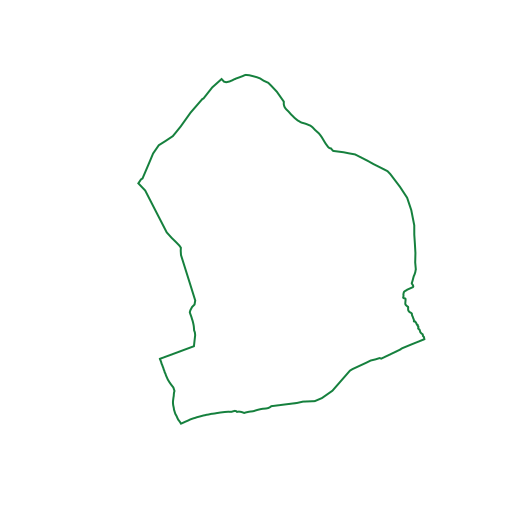 Al Azariq, Al Dali', Yemen, rotated 235°
{"feature_id": "15242507B92892578873791", "entity_name": "Al Azariq", "entity_type": "district", "adm_level": 2, "iso_a3": "YEM", "parent_name": "Yemen", "parent_adm1": "Al Dali'", "projection": "robinson", "projection_center": [44.595, 13.646], "detail": "fine", "context": "isolated", "style": "outline", "palette": "green", "viewbox_px": 512, "rotation_deg": 235, "n_neighbors": 0, "source": "geoboundaries", "source_scale": "gbopen_adm2", "svg_char_len": 4732}
<svg xmlns="http://www.w3.org/2000/svg" viewBox="0 0 512 512"><g transform="rotate(235 256 256)"><path d="M91.3,346.2L93.3,347.1L94.1,347.0L94.4,346.9L94.8,346.9L95.1,347.1L95.7,347.4L96.2,347.6L96.6,347.5L97.1,347.3L97.7,347.1L98.2,347.0L99.3,346.9L99.6,347.0L100.2,347.2L100.8,347.4L101.3,347.5L101.7,347.7L102.2,347.7L102.5,347.5L102.9,347.4L103.1,347.3L103.5,347.3L103.8,347.4L104.1,347.6L104.3,347.9L104.5,348.2L104.8,348.4L105.1,348.5L105.4,348.4L105.7,348.4L106.0,348.4L106.2,348.6L106.3,348.7L106.7,348.9L107.0,348.8L107.2,348.7L107.5,348.4L107.9,348.5L108.3,348.6L108.8,348.7L109.4,348.8L110.0,348.8L110.8,348.8L111.0,348.8L111.3,348.4L111.6,348.0L111.9,347.9L112.1,348.1L112.4,348.3L112.8,348.5L113.2,348.7L113.9,348.9L114.3,349.0L114.9,349.1L115.5,349.3L116.6,349.6L117.4,349.7L118.1,349.9L118.6,350.1L119.1,350.5L119.6,350.6L120.0,350.5L120.7,350.3L121.3,350.0L121.8,349.7L122.7,349.5L123.4,349.5L123.8,349.5L124.5,349.7L124.7,349.8L125.3,350.2L125.9,350.6L126.5,351.1L127.2,351.4L127.8,351.1L128.6,350.9L129.5,350.7L130.3,350.6L130.8,350.7L131.4,351.0L131.9,351.4L132.5,351.9L133.0,352.3L133.5,352.7L133.8,353.0L134.2,353.3L135.0,353.8L135.3,353.9L135.7,353.8L136.0,353.5L136.8,352.8L137.0,352.7L137.5,352.7L137.7,352.9L137.9,353.2L138.3,353.5L138.8,354.0L139.5,354.4L140.0,354.7L140.5,355.2L140.9,355.6L141.3,356.1L141.6,356.5L141.8,357.0L141.8,357.6L141.8,358.8L141.6,359.5L141.7,360.4L140.7,365.6L140.6,366.1L140.5,366.5L140.6,367.0L140.9,367.4L141.7,367.7L142.3,367.8L142.9,367.8L143.6,367.8L144.3,367.9L144.7,368.4L145.5,369.5L147.0,371.3L148.2,372.7L149.0,373.7L149.4,374.4L150.1,375.5L151.4,377.2L153.2,379.0L153.3,379.2L159.4,382.7L167.0,388.3L175.1,393.3L182.7,397.9L190.3,403.2L204.5,409.5L217.0,413.2L230.0,413.6L246.1,413.0L250.0,412.4L251.0,411.9L264.0,404.9L269.8,402.1L282.4,395.4L282.5,395.3L282.7,395.1L286.7,391.1L290.7,387.3L297.8,379.5L299.0,379.3L301.2,379.1L301.7,378.5L302.4,378.0L303.9,377.6L308.0,377.5L309.9,377.6L314.0,377.9L314.6,377.9L314.9,378.0L316.5,378.0L318.2,378.0L318.9,377.9L320.1,377.9L325.2,376.7L327.2,376.4L328.7,376.2L330.2,375.8L331.8,375.2L333.1,374.3L334.4,373.5L336.0,372.4L337.5,371.2L338.8,370.1L340.0,369.3L341.5,368.7L343.1,367.9L344.5,367.5L346.6,366.9L348.1,366.6L350.0,366.3L351.3,366.0L352.8,365.8L353.9,365.7L355.7,365.5L356.2,365.4L358.8,364.9L360.4,364.8L361.8,364.9L362.9,365.2L364.4,365.8L365.8,366.8L366.5,367.3L377.5,367.3L378.5,367.3L386.3,366.2L390.8,365.4L395.2,362.8L399.1,361.2L401.9,359.3L404.9,356.8L407.9,354.2L410.2,351.5L410.4,351.1L410.7,350.0L411.0,348.3L411.4,346.8L411.8,345.2L412.2,343.7L412.9,341.2L412.9,340.6L413.2,339.8L413.6,336.8L413.8,336.1L414.1,334.5L414.8,332.8L415.4,331.3L417.1,329.8L420.7,329.3L419.2,316.8L415.1,303.2L415.4,302.2L411.0,284.7L405.3,268.6L402.8,259.9L401.9,256.6L402.1,247.9L402.5,239.9L399.0,230.5L394.3,223.1L392.8,220.7L384.6,207.5L384.7,205.7L383.0,201.3L373.2,202.8L350.7,199.7L326.5,196.4L319.2,197.3L312.9,198.5L308.5,199.2L305.9,199.2L303.4,197.3L299.8,195.1L270.1,185.7L254.4,180.7L251.5,177.8L250.9,174.4L249.2,171.1L247.9,169.5L246.4,169.0L244.5,168.5L242.7,168.0L241.3,167.5L239.6,167.0L238.2,166.5L236.7,165.9L235.1,165.2L233.7,164.5L232.0,163.5L230.7,162.7L228.5,162.1L226.1,160.8L217.7,153.4L226.9,118.3L226.7,118.2L225.2,117.9L223.3,117.4L222.0,116.9L220.4,116.6L219.0,116.2L217.3,115.8L215.9,115.3L214.4,115.0L213.1,114.5L211.6,114.3L211.2,114.2L210.0,113.8L208.5,113.5L206.9,113.2L205.4,112.9L203.8,112.8L202.3,112.7L200.9,112.7L199.4,112.7L197.5,112.8L195.7,112.9L192.2,111.8L191.2,110.6L190.0,109.5L188.5,108.3L187.4,107.2L186.3,106.2L185.1,105.1L184.0,104.2L182.6,103.3L181.3,102.6L179.9,102.0L178.5,101.4L177.2,100.7L175.6,100.2L174.1,99.7L172.6,99.3L171.0,99.2L169.4,98.9L167.9,98.6L166.3,98.4L164.9,98.5L163.2,98.5L161.7,98.4L161.5,99.3L161.1,101.3L160.8,103.1L160.4,104.9L160.1,106.4L159.9,108.0L159.5,109.6L158.9,111.7L158.3,113.3L157.9,114.9L157.3,116.5L156.7,118.1L156.1,119.8L155.5,121.5L154.8,123.0L154.3,124.4L153.5,125.9L152.9,127.4L152.3,128.9L151.5,130.3L150.6,132.0L149.9,133.6L149.2,135.0L148.3,136.9L147.6,138.2L146.8,139.7L146.1,141.0L145.2,142.5L144.3,144.0L143.3,145.3L142.4,146.6L141.9,148.2L141.3,149.8L140.2,150.8L139.2,151.0L138.4,152.7L137.0,154.2L135.8,155.2L134.2,156.3L133.7,157.9L133.0,159.6L132.4,161.0L131.7,162.4L130.9,163.8L130.2,165.3L129.8,166.8L129.2,168.6L128.6,170.2L127.8,172.2L127.0,173.9L126.1,175.4L125.2,177.0L124.4,178.9L124.1,181.0L124.2,182.4L112.0,205.5L109.8,210.9L103.4,220.9L101.8,228.5L101.8,230.9L101.8,241.3L108.2,267.2L108.0,270.2L105.3,285.3L104.6,290.0L102.7,294.8L102.5,295.5L101.7,298.0L101.4,298.8L100.1,299.7L96.6,320.7L96.7,320.8L96.7,321.1L96.6,322.8L94.4,332.7L91.3,346.2Z" fill="none" stroke="#15803d" stroke-width="2"/></g></svg>